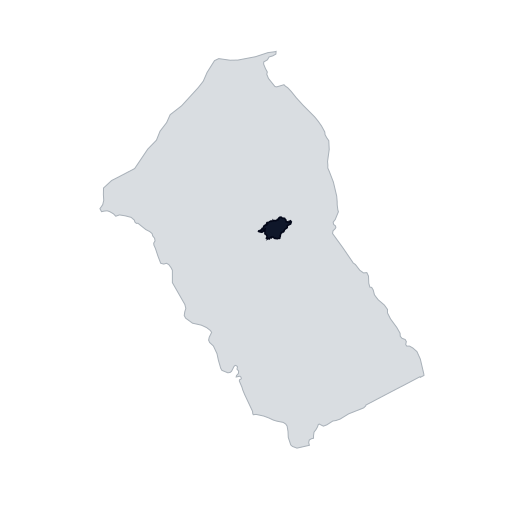 location of Nkoranza North, Brong Ahafo, Ghana, rotated 153°
{"feature_id": "2480657B63998169387071", "entity_name": "Nkoranza North", "entity_type": "district", "adm_level": 2, "iso_a3": "GHA", "parent_name": "Ghana", "parent_adm1": "Brong Ahafo", "projection": "robinson", "projection_center": [-1.569, 7.72], "detail": "fine", "context": "in_parent", "style": "filled", "palette": "ink", "viewbox_px": 512, "rotation_deg": 153, "n_neighbors": 0, "source": "geoboundaries", "source_scale": "gbopen_adm2", "svg_char_len": 6974}
<svg xmlns="http://www.w3.org/2000/svg" viewBox="0 0 512 512"><g transform="rotate(153 256 256)"><path d="M306.7,66.2L310.0,69.8L310.8,71.9L309.6,79.7L307.1,85.2L305.5,90.3L305.8,92.8L307.3,95.4L312.4,99.4L315.1,102.0L318.2,106.0L321.8,109.9L327.9,114.9L330.5,115.8L330.4,117.2L329.6,119.1L329.0,137.9L328.6,142.8L328.1,145.2L327.6,152.2L326.9,153.2L325.7,153.1L324.7,153.4L324.4,154.8L324.9,156.2L328.6,157.2L327.7,158.3L325.0,159.3L323.7,161.4L324.3,163.8L322.8,165.7L323.2,167.0L324.2,168.0L325.7,167.6L330.1,164.4L331.9,164.0L334.1,164.7L338.3,169.6L338.4,172.0L336.8,180.3L335.1,186.7L334.8,195.2L336.6,200.0L336.4,202.6L334.5,204.9L330.2,208.1L330.5,210.4L332.5,214.6L336.1,219.2L343.1,225.0L346.9,232.5L347.0,235.5L344.8,238.6L342.3,241.2L341.4,245.1L342.6,270.2L337.0,281.2L337.0,284.3L337.6,287.9L339.0,290.1L341.9,290.7L344.2,292.8L343.4,300.5L342.2,308.3L342.0,312.1L341.3,313.9L339.1,315.3L338.3,317.8L338.9,320.8L338.4,323.1L339.6,326.0L342.2,329.6L346.3,338.7L347.8,339.4L348.5,341.3L348.1,343.1L349.7,347.1L354.2,351.1L359.0,354.6L362.9,355.1L363.8,358.2L366.3,362.1L368.2,363.9L371.1,365.0L373.5,365.6L373.6,369.0L369.3,371.3L366.4,374.7L364.1,380.0L361.0,385.8L350.4,388.8L346.3,388.8L324.4,389.0L303.9,400.4L292.1,404.4L284.8,410.8L275.1,415.4L268.3,420.9L254.1,423.6L230.9,432.3L223.6,435.7L216.2,441.8L204.3,448.9L199.6,448.8L190.2,442.2L183.2,438.8L166.0,433.8L153.1,431.8L146.9,429.6L145.2,429.2L146.6,426.9L150.2,426.7L154.0,427.4L156.8,425.6L161.0,425.4L162.1,423.5L162.5,418.7L162.4,414.8L163.9,413.1L164.3,408.5L162.2,398.4L160.8,397.3L153.3,395.9L152.7,393.9L151.4,391.7L149.9,386.5L148.3,378.8L145.7,369.2L140.6,353.4L139.4,347.8L138.6,342.1L138.4,335.3L139.4,332.7L139.3,329.2L138.8,325.7L142.4,317.7L149.3,307.8L150.8,304.2L152.1,301.8L152.3,298.2L153.5,286.7L156.9,272.8L159.0,267.6L160.4,264.8L162.1,260.1L162.5,258.0L168.9,252.5L171.9,251.1L172.5,248.9L171.5,246.6L172.0,245.0L173.5,244.2L175.9,243.5L177.6,241.3L174.9,224.2L172.7,207.1L172.6,205.7L171.3,203.3L170.0,196.2L167.9,192.1L164.8,190.9L164.9,187.0L167.9,180.5L168.7,176.6L167.2,175.5L167.0,172.5L168.1,167.6L167.6,164.6L167.0,161.5L163.9,154.0L163.1,148.7L164.7,145.6L164.7,138.8L163.0,128.4L162.7,121.8L163.9,119.0L163.3,116.4L161.0,113.9L160.9,111.5L162.8,109.2L162.6,107.3L160.1,106.0L158.0,102.8L156.0,97.7L156.4,89.5L160.1,74.5L160.6,73.3L164.7,73.3L164.7,74.0L177.5,73.8L192.2,73.7L209.7,73.5L225.7,73.3L226.3,72.6L229.0,71.8L245.1,73.3L255.1,72.5L259.4,73.1L262.5,74.1L269.5,73.4L273.2,73.8L276.0,77.6L277.1,77.5L278.7,75.9L281.4,74.1L284.3,72.7L286.3,69.8L287.5,67.5L289.4,68.0L292.0,67.9L293.7,66.0L294.4,63.1L306.7,66.2Z" fill="#d9dde1" stroke="#a8b0b8" stroke-width="1"/><path d="M230.5,262.6L230.3,262.6L230.2,262.6L230.0,262.4L229.8,262.1L229.4,262.0L229.3,261.7L229.1,261.7L228.7,261.7L227.8,261.5L227.6,261.3L227.5,261.1L227.0,261.0L226.8,261.0L226.6,261.1L226.4,261.6L226.0,262.0L225.4,262.5L225.3,263.3L225.2,263.3L224.8,263.4L224.3,264.0L224.1,264.4L224.0,264.5L223.6,264.7L223.2,265.1L222.6,264.9L222.5,265.0L222.4,265.3L222.1,265.3L221.9,265.3L221.7,265.4L221.0,265.0L220.8,265.0L220.7,265.0L220.2,265.1L220.0,265.4L220.0,265.5L219.9,265.6L219.7,265.7L219.4,265.7L219.4,266.0L219.2,266.1L218.9,266.3L218.7,266.5L218.4,266.5L218.1,266.6L217.9,266.7L217.7,266.7L217.2,267.1L216.6,266.8L216.0,266.9L215.5,267.0L215.3,267.1L215.1,267.3L215.0,267.6L214.9,267.8L214.7,268.0L214.7,268.4L214.6,268.5L214.5,268.8L212.7,268.8L210.6,268.8L209.2,270.2L209.5,270.4L209.5,270.5L209.1,270.9L209.1,271.1L209.2,271.5L209.4,271.9L209.7,271.9L209.9,271.7L210.1,271.6L210.4,271.4L210.8,271.0L211.0,271.2L211.3,271.3L211.5,271.3L212.2,271.5L211.9,272.1L212.8,272.1L213.0,272.4L213.2,272.6L213.4,272.7L213.3,272.8L213.4,273.3L213.2,273.9L213.1,274.4L213.0,274.6L213.1,275.0L213.4,275.5L213.4,276.0L213.3,276.4L213.5,276.6L213.6,276.8L214.2,277.2L214.6,277.3L214.9,277.4L215.1,277.4L215.2,277.6L215.4,277.7L215.5,278.0L215.5,278.3L215.7,278.5L215.7,278.8L215.7,279.0L215.9,279.1L216.1,279.1L216.5,279.4L216.5,279.5L216.9,279.6L217.0,279.5L217.3,279.5L217.4,279.4L217.5,279.4L217.9,279.4L218.0,279.3L218.0,279.5L218.2,279.4L218.3,279.5L218.4,279.4L218.5,279.3L218.8,279.1L219.0,279.1L219.0,278.9L219.3,278.8L219.3,278.7L219.5,278.6L219.7,278.3L219.8,278.3L220.0,278.5L220.1,278.4L220.2,278.5L220.3,278.6L220.4,278.4L220.5,278.5L220.6,278.4L220.8,278.4L221.1,278.6L221.3,278.6L221.5,278.5L221.8,278.5L222.0,278.4L222.2,278.5L222.3,278.4L222.4,278.5L222.5,278.5L222.8,278.5L223.0,278.6L223.1,278.9L223.1,279.0L223.3,279.0L223.6,279.3L223.9,279.3L224.1,279.3L224.1,279.5L224.5,279.6L224.6,279.9L224.7,279.7L224.9,279.6L225.1,279.6L225.3,279.7L225.9,279.8L226.0,279.8L226.3,279.8L226.3,280.1L226.5,280.1L226.8,280.1L227.1,280.4L227.2,280.5L227.4,280.4L227.5,280.3L227.8,280.3L228.3,280.5L228.5,280.4L229.1,280.1L229.3,280.0L229.3,279.9L229.4,280.1L229.5,280.1L229.7,280.3L229.8,280.3L230.0,280.3L230.1,280.5L230.3,280.4L230.5,280.4L230.5,280.5L230.8,280.5L230.8,280.4L231.0,280.5L231.1,280.4L231.3,280.3L231.4,280.1L231.6,280.1L231.6,279.9L231.7,280.0L231.8,279.9L231.8,280.0L231.9,279.9L231.9,280.0L232.0,279.9L232.0,279.7L232.1,279.4L232.3,279.2L232.4,279.4L232.5,279.4L232.5,279.2L232.5,278.9L232.8,279.0L233.1,278.8L233.4,278.8L233.5,278.9L233.5,279.1L233.8,279.4L234.0,279.4L234.2,279.2L234.4,279.0L234.6,279.0L234.8,279.0L235.1,279.2L235.3,279.0L235.6,278.8L235.8,278.8L235.9,278.7L236.0,278.5L236.0,278.3L236.2,278.2L236.3,278.0L236.4,277.9L236.5,277.9L236.8,277.8L237.0,277.7L237.3,277.7L237.9,277.8L238.0,277.6L238.3,277.5L238.7,277.4L238.8,277.3L238.7,277.2L238.9,277.2L239.0,277.1L239.1,276.9L239.3,276.8L239.7,276.7L239.9,276.6L240.0,276.6L240.3,276.6L240.7,276.5L241.1,276.6L241.0,276.9L241.3,276.8L241.4,276.7L241.9,277.1L242.0,277.0L242.3,277.1L242.6,276.9L242.5,276.6L242.3,276.3L242.1,276.1L241.9,276.1L241.6,275.8L241.3,275.7L241.2,275.4L240.9,275.1L240.7,275.0L240.4,274.9L240.1,274.5L239.6,274.4L239.3,274.5L239.2,274.6L238.8,274.5L238.6,274.6L238.4,274.6L238.2,274.7L238.1,274.8L237.9,274.7L237.9,274.8L238.0,275.0L237.9,275.1L237.4,275.4L236.9,275.3L236.6,275.6L236.5,275.4L236.4,275.3L236.2,275.3L236.2,275.5L235.9,275.9L235.6,275.9L235.8,275.6L235.9,275.2L236.8,273.7L237.2,273.4L237.4,272.7L237.7,272.2L238.0,271.8L237.7,271.6L237.7,271.4L237.5,271.1L237.4,270.5L237.2,270.0L237.1,269.9L237.3,269.1L237.2,268.3L237.4,268.1L237.5,268.0L237.5,267.9L237.8,267.8L237.9,267.6L238.2,267.5L238.3,267.4L238.5,267.3L238.7,267.2L238.5,266.8L238.2,266.7L237.9,266.7L237.6,266.6L237.1,266.2L237.6,265.9L237.4,265.9L237.2,265.7L236.7,265.6L236.5,265.3L236.3,265.5L236.1,265.3L235.9,265.5L235.7,265.6L235.3,265.6L235.2,265.7L235.0,265.8L234.8,265.9L234.6,266.0L234.5,265.9L234.4,265.9L234.5,265.8L234.3,265.6L233.9,265.3L233.9,265.2L233.6,265.3L233.4,265.3L233.2,265.3L232.5,265.6L232.3,265.6L232.2,265.5L232.1,265.3L232.0,265.0L231.7,263.6L231.3,263.1L231.2,263.0L230.8,263.2L230.7,263.2L230.7,262.8L230.5,262.6Z" fill="#0f172a" stroke="#020617" stroke-width="1.5"/></g></svg>